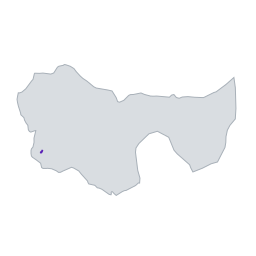 Kupravas pag., Vilakas, Latvia shown in context, rotated 177°
{"feature_id": "27541924B19263065695150", "entity_name": "Kupravas pag.", "entity_type": "district", "adm_level": 2, "iso_a3": "LVA", "parent_name": "Latvia", "parent_adm1": "Vilakas", "projection": "mercator", "projection_center": [27.487, 57.225], "detail": "fine", "context": "in_parent", "style": "filled", "palette": "violet", "viewbox_px": 256, "rotation_deg": 177, "n_neighbors": 0, "source": "geoboundaries", "source_scale": "gbopen_adm2", "svg_char_len": 2256}
<svg xmlns="http://www.w3.org/2000/svg" viewBox="0 0 256 256"><g transform="rotate(177 128 128)"><path d="M188.4,194.7L186.8,194.4L182.5,192.7L178.9,190.2L176.7,186.9L172.9,182.3L170.5,179.9L166.6,177.0L160.1,171.0L157.7,169.6L146.2,167.0L142.0,165.8L138.2,158.9L137.0,154.9L135.1,154.2L133.0,155.0L130.8,155.8L125.6,160.5L123.9,161.2L120.7,161.2L113.2,162.3L109.7,160.6L103.8,158.7L100.6,158.4L97.7,158.4L85.0,156.6L82.7,158.6L80.4,159.0L78.1,155.9L75.3,155.0L72.2,156.1L66.5,156.2L59.8,155.2L51.2,154.4L50.0,154.8L40.5,158.9L38.1,159.5L27.8,166.4L19.6,172.9L18.7,162.5L19.2,141.8L20.4,131.4L26.1,125.3L28.9,120.6L30.6,114.2L31.1,108.4L32.2,103.5L40.4,89.4L46.9,87.9L55.7,84.0L65.5,80.7L67.4,84.9L68.4,88.1L80.2,99.6L83.2,103.4L87.8,116.6L98.8,123.2L107.4,121.1L111.1,117.9L118.0,111.9L121.1,107.6L121.8,103.3L120.5,85.2L118.7,77.3L119.3,72.4L120.5,72.6L123.4,70.2L133.1,65.8L135.0,65.6L137.2,64.7L143.3,61.3L145.2,63.1L146.9,65.2L147.8,65.2L148.2,64.4L148.1,63.1L148.5,62.2L150.3,62.7L157.3,68.2L160.0,69.5L161.8,69.9L164.1,72.5L170.1,74.2L170.8,75.6L171.2,77.2L176.9,84.2L179.4,87.7L184.4,90.9L186.5,91.7L195.3,88.4L197.7,87.3L199.7,87.3L201.8,89.0L206.4,91.3L210.7,92.0L211.4,91.9L215.0,92.1L216.3,93.0L217.1,97.4L221.2,100.9L225.0,103.8L225.9,105.1L226.2,107.7L226.0,110.7L225.5,112.2L223.9,114.0L222.6,118.5L222.4,122.8L220.2,130.2L220.7,130.3L225.3,129.0L226.6,129.7L227.6,131.4L227.9,136.0L229.4,138.1L230.9,141.3L231.4,143.8L234.3,146.8L234.5,148.7L236.3,155.5L237.0,159.4L237.3,162.5L236.4,166.3L235.7,168.9L234.7,168.7L232.1,169.4L228.0,172.5L221.9,179.9L220.3,181.5L218.7,187.0L218.3,187.6L214.7,187.3L213.7,187.2L210.1,187.3L202.3,185.9L199.3,186.8L195.3,192.4L193.8,193.3L189.2,194.0L188.4,194.7Z" fill="#d9dde1" stroke="#a8b0b8" stroke-width="1"/><path d="M214.9,109.2L214.9,109.3L214.8,109.6L214.6,109.8L214.7,110.0L214.8,110.0L215.0,110.0L215.0,109.9L214.9,109.8L214.8,109.7L215.0,109.5L215.0,109.4L215.1,109.2L215.3,109.2L215.5,108.9L215.8,108.9L215.8,108.7L216.0,108.7L216.2,108.4L216.3,108.4L216.5,108.3L216.5,108.2L216.4,108.2L216.2,108.1L216.2,107.9L215.9,107.9L215.8,108.0L215.7,108.0L215.6,108.3L215.4,108.5L215.2,108.6L215.1,108.8L215.1,109.0L214.9,109.2L214.9,109.2Z" fill="#8b5cf6" stroke="#5b21b6" stroke-width="1.5"/></g></svg>